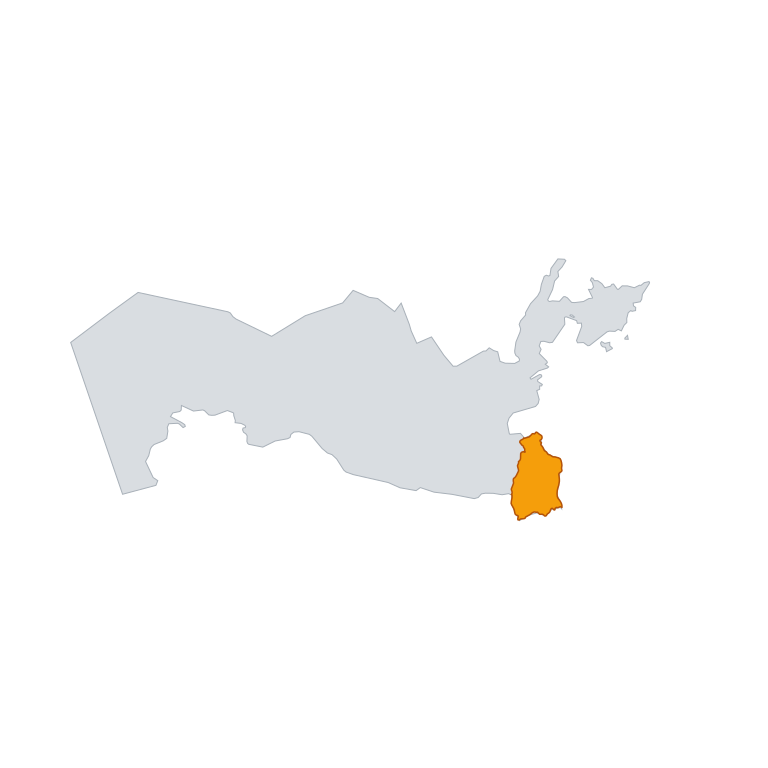 Surkhandarya on a map of Uzbekistan (Albers equal-area conic projection), rotated 334°
{"feature_id": "UZB-362", "entity_name": "Surkhandarya", "entity_type": "Region", "adm_level": 1, "iso_a3": "UZB", "parent_name": "Uzbekistan", "parent_adm1": "", "projection": "albers", "projection_center": [67.527, 38.094], "detail": "fine", "context": "in_parent", "style": "filled", "palette": "amber", "viewbox_px": 768, "rotation_deg": 334, "n_neighbors": 0, "source": "natural_earth", "source_scale": "10m", "svg_char_len": 6704}
<svg xmlns="http://www.w3.org/2000/svg" viewBox="0 0 768 768"><g transform="rotate(334 384 384)"><path d="M584.8,353.3L595.1,347.8L600.9,351.0L601.5,352.9L595.3,356.9L589.6,359.1L588.1,363.9L582.5,366.2L576.9,373.0L568.1,380.0L568.1,381.3L568.9,382.4L571.8,383.1L577.9,386.6L583.6,384.3L585.0,384.8L586.6,386.9L588.4,392.9L591.0,394.4L599.4,397.3L605.6,397.0L608.8,398.2L609.3,397.6L609.3,388.6L612.0,390.0L614.8,388.7L615.7,384.2L615.0,381.2L617.0,379.5L618.1,380.6L618.3,383.3L621.4,384.9L623.8,389.3L624.7,394.3L630.5,395.4L632.5,394.3L634.2,394.8L635.3,401.2L636.1,401.7L641.1,400.2L645.9,402.6L651.2,407.2L657.0,407.2L658.2,408.0L662.3,407.0L667.0,408.1L667.3,408.9L666.5,410.0L655.6,416.6L652.7,420.9L650.3,422.4L643.4,420.5L642.5,423.1L643.8,425.5L642.3,428.3L638.8,427.4L638.0,426.2L634.7,427.0L630.9,431.5L629.2,435.2L625.6,436.4L620.6,440.3L618.4,437.5L614.7,438.0L609.8,435.3L607.4,434.9L585.7,439.5L584.0,439.0L581.5,434.2L576.0,431.8L576.1,429.3L587.0,418.9L588.1,415.8L584.4,414.2L584.9,411.5L577.5,403.7L576.1,403.2L575.2,403.6L572.7,409.6L553.7,420.4L550.9,419.5L546.5,415.7L543.6,414.5L540.2,417.8L540.4,421.7L536.9,424.7L540.4,435.1L540.1,436.5L537.6,436.9L539.5,440.8L537.9,441.3L528.6,439.9L517.9,442.5L518.2,444.2L527.9,443.7L529.2,444.4L529.4,445.7L528.9,446.6L523.8,447.6L523.3,449.2L526.1,453.8L524.9,454.8L523.0,454.0L521.6,457.0L518.4,456.9L516.7,465.9L514.0,469.1L510.4,470.6L487.4,466.7L481.4,469.5L477.5,473.5L474.9,483.3L475.1,484.4L485.0,488.2L486.6,494.2L498.5,494.6L500.6,495.5L501.6,497.0L502.1,498.7L498.7,508.4L500.1,517.0L502.1,520.9L509.3,528.4L509.0,532.5L507.4,536.2L505.4,539.5L503.3,540.9L500.3,545.0L497.7,550.0L492.6,556.6L490.9,560.3L490.4,570.9L489.0,574.1L488.8,572.9L486.9,571.7L481.6,571.3L480.6,570.0L473.6,572.5L469.3,571.3L464.9,566.9L456.5,565.3L445.9,566.2L445.6,555.2L446.2,547.0L449.8,540.6L449.7,539.4L448.0,537.2L441.6,535.3L434.2,530.1L427.3,526.6L423.4,525.5L418.9,527.3L414.9,526.6L396.8,513.0L381.5,503.1L371.2,493.0L366.1,493.9L352.9,484.3L344.6,474.4L316.7,452.0L311.3,446.5L310.1,443.8L308.6,430.7L306.3,424.7L302.9,421.2L300.1,414.8L296.3,399.4L294.8,396.5L286.7,389.6L281.9,387.7L278.2,388.5L276.1,390.9L273.3,390.9L261.1,387.5L247.4,387.6L236.0,378.9L235.4,377.6L235.6,375.5L238.3,370.6L238.0,368.3L236.6,365.7L236.8,363.2L238.0,361.8L240.2,362.4L241.0,361.6L240.9,360.2L238.3,356.8L233.2,353.5L234.4,351.6L235.1,346.7L236.1,344.2L235.4,343.2L231.6,339.2L218.4,337.9L215.4,336.6L213.0,335.0L211.0,329.3L209.8,327.9L200.9,324.8L192.5,314.5L190.3,318.5L188.4,319.2L181.5,317.4L177.8,319.7L185.4,330.2L187.1,333.2L186.8,335.0L184.3,335.1L182.5,330.2L181.2,328.8L173.2,325.4L170.2,328.0L169.1,331.6L164.9,337.6L160.7,338.3L150.8,337.6L147.6,338.6L145.4,340.1L141.1,345.3L135.7,349.1L135.5,366.9L138.3,371.7L134.6,375.1L100.7,368.5L120.6,209.3L168.8,199.9L203.1,193.9L275.4,250.7L277.0,252.8L277.7,257.2L279.5,260.8L303.9,291.9L343.1,288.1L382.4,293.0L397.3,286.3L408.7,299.6L415.8,304.4L425.3,323.6L434.9,318.8L432.9,341.4L431.7,348.3L431.3,361.8L447.3,362.5L450.4,384.4L453.9,398.3L457.3,399.9L487.8,398.0L490.1,399.0L494.4,397.6L497.2,402.0L500.3,404.9L498.2,414.5L502.0,418.4L510.5,422.8L515.7,422.6L516.7,420.9L516.4,418.7L515.1,416.3L515.2,413.5L516.0,411.5L521.0,404.1L529.1,396.9L531.0,394.3L531.6,389.7L534.5,387.1L541.5,384.1L542.5,381.9L551.0,376.0L560.7,372.2L565.0,369.1L569.1,363.5L575.2,357.5L577.6,357.4L579.3,359.1L580.7,359.2L584.8,353.3ZM584.6,407.3L583.4,404.5L581.8,403.5L581.1,404.0L583.6,407.4L584.6,407.3ZM604.7,452.3L598.2,452.5L599.2,448.2L596.7,446.2L596.2,444.1L596.6,442.1L598.2,441.3L600.2,444.3L605.2,445.5L603.7,448.5L605.0,451.7L604.7,452.3ZM624.2,447.0L623.1,450.9L620.2,449.3L620.6,448.3L624.2,447.0Z" fill="#d9dde1" stroke="#a8b0b8" stroke-width="1"/><path d="M485.9,493.8L486.5,494.4L490.8,495.1L491.7,495.1L494.3,494.2L494.8,493.9L495.3,493.8L495.8,493.8L496.3,494.0L496.6,494.2L497.1,494.7L497.7,494.8L498.3,494.6L498.8,494.1L499.1,494.1L499.4,494.0L499.7,494.1L499.9,494.1L500.5,494.8L501.6,497.3L502.3,498.3L502.6,498.8L503.0,499.7L502.9,500.6L502.6,501.4L502.2,502.0L501.7,502.4L501.1,502.8L500.3,502.9L499.7,502.9L499.3,503.2L499.2,504.1L499.3,504.6L499.5,505.0L499.7,505.4L499.7,505.9L499.5,506.1L498.6,506.7L498.4,507.4L498.5,508.2L498.9,509.8L499.0,510.7L498.9,513.3L499.0,514.2L499.3,514.8L500.1,516.1L500.3,516.7L500.4,518.1L500.5,518.8L500.8,519.4L502.2,520.7L503.5,523.0L504.1,523.6L505.9,524.6L508.6,527.0L509.5,528.3L509.6,530.0L509.1,532.6L508.3,535.0L506.9,537.1L506.5,537.9L506.5,538.0L506.3,538.7L506.1,539.4L505.9,539.9L505.5,540.2L505.3,540.3L504.8,540.5L503.2,540.7L502.1,541.1L501.5,541.8L500.0,546.2L499.0,548.3L496.5,551.8L494.7,553.6L492.9,555.9L491.4,558.5L490.4,561.2L490.3,563.0L491.0,566.5L491.1,568.3L491.0,569.9L490.6,571.4L489.9,572.7L489.8,573.4L489.6,572.5L489.2,572.0L488.6,571.6L487.8,571.4L486.6,571.5L486.1,571.4L485.8,571.2L485.0,570.6L484.6,570.5L484.2,570.6L483.5,570.8L483.2,570.8L483.0,571.0L482.7,571.5L482.5,571.9L482.1,572.0L481.5,571.5L480.9,569.7L480.1,569.3L479.3,569.5L478.7,570.0L477.5,571.1L476.8,571.7L476.1,572.0L475.4,572.2L474.5,572.3L473.6,572.5L472.3,573.4L471.5,573.5L470.7,573.2L470.3,572.5L470.1,571.7L469.7,571.0L469.0,570.3L467.5,569.7L466.8,569.3L466.5,568.6L465.9,566.7L465.5,566.3L464.7,566.1L463.4,565.1L462.7,564.8L461.0,564.7L457.8,565.4L453.3,565.6L452.9,565.7L452.2,566.3L451.8,566.5L450.9,566.4L450.5,566.3L448.2,565.3L447.3,565.2L446.4,565.3L445.8,565.5L444.9,564.8L445.0,564.0L445.5,563.3L446.2,562.6L446.7,561.7L446.6,561.0L446.1,560.4L445.4,559.8L444.9,558.6L445.1,557.0L445.9,554.0L446.0,552.3L445.8,548.9L445.9,547.1L447.2,545.0L449.1,542.5L450.4,540.0L450.1,539.1L451.1,538.5L451.7,537.4L451.9,536.8L452.1,535.1L452.3,534.4L452.6,534.0L456.8,530.1L457.1,529.6L457.3,529.1L457.5,528.5L457.6,528.0L458.0,527.2L458.5,526.3L458.9,525.9L459.1,525.7L460.4,525.5L460.8,525.4L462.8,524.3L466.6,521.3L467.0,520.8L467.1,520.5L467.4,519.5L467.8,517.3L468.0,516.5L468.2,515.9L468.4,515.7L469.7,514.6L470.3,513.9L470.7,513.3L470.9,512.7L472.3,512.3L472.8,512.1L473.1,511.8L473.8,511.2L474.1,510.7L476.2,506.7L476.3,506.5L476.6,506.3L476.9,506.0L477.4,505.8L477.8,505.7L478.3,505.7L478.9,505.8L479.4,505.9L479.6,506.0L479.8,506.1L480.5,506.9L480.7,507.0L480.9,507.0L481.1,506.9L481.1,506.7L481.1,505.9L481.2,505.6L481.4,505.2L481.7,504.7L481.9,504.3L482.0,504.0L482.0,503.7L481.9,503.1L481.8,502.8L481.8,502.6L481.7,502.4L481.7,502.2L481.7,501.9L481.8,501.7L481.9,501.4L481.9,501.1L481.9,500.9L481.9,500.7L481.0,499.0L480.8,497.4L480.5,496.4L480.5,496.0L480.6,495.7L480.8,495.4L481.0,495.1L481.2,494.9L481.4,494.8L481.8,494.7L482.3,494.5L484.8,494.4L485.4,494.2L485.9,493.8Z" fill="#f59e0b" stroke="#b45309" stroke-width="1.5"/></g></svg>